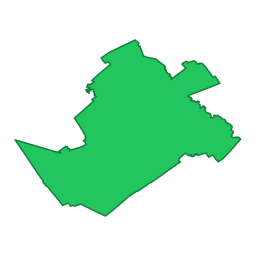 outline of Racari, Dâmbovita, Romania
{"feature_id": "2599482B12647526032204", "entity_name": "Racari", "entity_type": "district", "adm_level": 2, "iso_a3": "ROU", "parent_name": "Romania", "parent_adm1": "Dâmbovita", "projection": "robinson", "projection_center": [25.768, 44.664], "detail": "fine", "context": "isolated", "style": "filled", "palette": "green", "viewbox_px": 256, "rotation_deg": 0, "n_neighbors": 0, "source": "geoboundaries", "source_scale": "gbopen_adm2", "svg_char_len": 5634}
<svg xmlns="http://www.w3.org/2000/svg" viewBox="0 0 256 256"><path d="M114.6,208.8L128.7,196.5L131.4,194.5L131.5,194.7L133.0,193.6L137.6,190.8L137.8,191.0L140.8,189.1L145.6,185.9L149.9,182.8L151.3,182.4L159.6,176.5L160.6,176.0L161.6,175.3L162.9,174.1L164.9,173.0L166.0,171.8L167.3,171.1L168.5,170.1L170.6,168.8L173.4,166.7L174.7,166.0L176.0,164.8L180.3,162.0L178.7,160.4L178.7,160.2L179.2,158.6L184.9,153.3L185.8,153.6L187.4,155.0L188.8,155.2L189.0,155.3L189.3,155.8L189.5,155.9L190.2,155.7L190.6,154.9L191.0,154.7L191.4,154.8L191.4,155.0L191.3,155.5L191.1,155.8L191.0,156.1L191.2,156.4L192.0,156.4L192.6,156.1L193.0,156.6L193.6,156.4L194.6,155.4L194.6,155.0L194.5,154.5L194.5,154.2L195.3,154.1L195.5,154.2L195.5,154.4L195.3,154.8L195.7,154.9L195.9,154.8L196.3,153.9L196.6,153.8L197.1,154.2L197.8,154.4L197.8,154.8L197.5,155.0L197.6,155.3L202.3,154.1L206.0,153.0L207.1,155.0L207.3,155.1L208.7,157.2L212.5,154.9L215.2,158.3L216.0,159.6L218.4,161.8L223.1,158.6L230.5,150.7L240.6,139.2L240.5,138.9L240.2,138.6L238.5,137.7L238.3,137.2L236.3,137.2L234.8,137.5L233.6,137.5L233.2,137.3L232.0,137.1L231.5,136.6L231.4,136.2L231.5,136.0L232.0,135.3L231.7,134.5L231.8,134.3L232.9,133.3L233.4,132.2L233.1,131.3L232.3,130.7L231.4,130.4L231.1,129.5L231.2,129.0L231.6,128.7L231.6,128.3L231.9,128.0L232.0,127.7L231.8,127.1L232.0,126.1L231.2,126.0L230.6,124.6L230.3,124.3L230.0,124.1L228.5,123.8L228.4,123.7L228.3,123.4L228.1,123.3L227.8,123.5L227.5,123.4L227.0,123.0L226.8,122.6L226.6,122.4L225.8,122.2L225.7,121.8L225.9,121.6L225.5,120.4L224.7,119.6L224.1,119.2L223.0,119.4L222.0,118.8L221.8,118.2L221.1,117.4L220.4,117.1L219.4,117.0L219.3,116.9L219.3,116.6L218.2,115.6L217.4,115.4L216.7,115.6L216.4,115.9L215.3,115.6L215.0,115.4L214.2,115.1L213.9,115.5L214.1,116.5L213.3,117.7L212.5,117.6L211.9,118.0L210.7,117.6L210.5,117.3L210.9,117.0L211.2,116.1L210.5,113.8L209.3,113.6L208.7,113.1L208.1,112.9L206.3,112.9L205.9,112.6L205.8,112.3L205.5,111.9L205.6,111.2L205.3,110.9L205.1,110.4L205.4,109.7L205.2,108.5L205.0,108.0L205.4,107.8L205.5,107.4L204.8,107.2L204.6,106.9L204.3,107.1L204.0,107.2L203.6,106.5L203.4,106.3L203.5,106.1L202.8,106.1L202.6,106.2L202.0,106.9L201.0,107.6L200.4,107.8L200.1,107.6L199.9,107.4L200.1,106.6L200.1,105.1L198.8,104.0L198.6,103.5L198.7,102.6L199.2,102.2L199.2,101.9L198.4,102.1L198.4,101.4L198.2,101.2L197.8,101.2L197.4,101.3L197.4,101.8L197.3,102.1L196.7,101.9L196.4,102.3L196.3,102.2L196.2,102.0L195.8,102.0L194.9,101.7L194.9,101.2L194.4,100.8L193.4,101.0L192.8,100.8L192.4,101.2L192.3,100.7L192.1,100.6L191.5,100.9L191.3,100.9L191.6,100.4L191.5,100.2L190.9,99.9L191.1,99.7L191.7,99.8L191.9,99.5L191.9,99.2L191.1,99.0L191.1,98.9L191.5,98.6L191.5,98.0L191.3,97.8L190.4,97.6L189.7,97.0L188.9,97.3L188.8,97.2L189.1,96.8L189.1,96.7L188.9,96.6L188.1,96.6L188.3,96.3L188.4,95.5L189.1,95.2L209.5,87.5L219.8,83.3L215.2,76.3L212.9,77.3L210.1,73.0L209.6,72.1L209.1,71.6L207.8,70.2L205.7,67.0L203.9,65.5L203.5,64.4L203.0,64.0L201.7,63.6L201.0,63.2L200.7,63.3L199.7,63.9L199.4,63.8L199.1,63.3L198.8,63.3L198.1,63.8L197.4,63.8L196.7,64.0L196.5,63.0L196.3,62.4L195.2,61.5L194.7,61.0L194.0,61.0L192.2,61.2L191.2,61.7L189.5,62.2L188.6,62.7L188.2,62.6L187.2,61.7L186.9,61.6L186.4,61.7L185.9,61.5L185.6,61.5L184.8,62.4L183.5,62.6L183.3,62.8L183.2,63.5L182.5,63.7L182.0,64.1L185.9,68.2L171.6,79.0L171.6,78.6L171.8,77.7L171.4,77.5L171.1,76.9L170.2,76.8L169.8,76.3L169.9,76.2L170.5,75.8L170.3,75.0L170.0,74.7L169.3,74.5L169.3,74.0L169.2,73.8L169.0,73.7L168.2,73.8L167.6,73.2L167.1,73.1L167.2,72.6L166.8,72.1L166.4,71.9L166.1,72.0L166.0,71.5L166.1,71.2L165.9,70.9L166.2,70.4L165.4,69.9L165.1,69.8L165.0,69.7L165.6,69.2L164.6,68.2L164.6,67.9L165.4,67.4L165.4,67.2L164.7,66.1L163.6,65.1L161.8,63.8L155.9,59.1L146.8,57.2L143.5,56.0L139.8,45.9L138.7,45.9L138.1,44.9L138.3,43.9L138.6,43.2L138.8,43.1L135.0,40.0L119.7,47.3L114.0,50.1L110.4,51.7L101.2,57.9L102.8,60.5L103.9,61.8L105.3,63.2L108.2,61.8L108.5,62.0L110.4,64.5L98.3,74.5L91.8,80.6L94.2,82.1L89.8,84.6L87.9,84.2L87.3,85.5L87.4,85.8L86.9,86.6L86.8,87.1L88.2,87.2L88.5,87.8L88.8,88.0L89.2,88.0L89.2,87.4L89.3,87.3L89.6,87.3L89.8,87.5L89.8,88.2L89.5,88.8L89.0,89.1L88.7,89.0L88.3,88.7L88.2,88.7L88.0,89.2L87.6,89.3L87.9,89.8L87.8,90.1L87.5,90.3L87.2,90.2L86.8,89.6L86.6,89.6L86.2,89.8L85.9,90.2L85.9,90.4L87.1,92.0L88.2,92.4L89.1,93.2L89.3,93.0L89.2,92.7L88.8,92.1L88.9,91.8L88.7,91.4L88.3,91.2L89.1,90.8L89.5,90.8L90.1,90.7L90.7,90.7L90.2,90.0L90.8,89.7L91.0,89.3L91.3,89.2L91.3,89.8L91.6,89.1L93.0,89.7L93.3,89.9L93.5,90.2L93.5,90.7L93.2,91.3L93.3,91.4L93.7,91.3L94.3,91.6L94.3,91.9L94.1,92.8L94.3,93.2L94.3,93.7L94.3,93.9L95.0,94.3L95.0,94.5L94.7,94.9L94.3,94.8L94.2,95.0L95.3,95.5L95.3,95.9L95.1,96.4L95.9,96.6L91.9,99.6L92.6,100.3L93.7,101.0L74.4,118.2L79.3,125.3L79.5,125.9L82.0,129.9L82.7,130.7L83.2,131.7L83.3,132.2L83.3,133.0L83.8,133.4L85.0,135.0L85.4,135.6L85.3,136.6L85.9,137.7L85.8,138.0L85.3,138.2L85.1,138.6L85.3,139.1L85.3,139.8L83.8,140.4L83.5,140.7L83.6,141.0L83.8,141.2L84.1,141.3L84.9,141.8L85.2,143.0L86.2,144.0L86.2,144.4L86.0,144.6L85.0,145.1L83.4,145.6L82.9,146.1L82.9,146.4L69.6,150.4L69.5,149.9L69.6,149.0L69.5,148.7L69.2,148.6L67.8,148.8L67.7,147.8L67.9,147.5L67.7,147.0L67.5,146.8L66.3,146.6L65.8,146.2L64.6,147.2L58.8,151.4L60.5,152.6L60.2,153.1L19.0,141.0L15.4,140.2L21.3,149.1L23.2,151.6L31.8,164.6L39.5,175.9L42.6,180.4L42.9,180.3L43.1,180.7L43.4,182.2L43.4,183.2L43.9,183.6L44.7,183.7L45.2,184.9L45.7,185.2L46.2,185.9L46.7,186.2L47.4,186.4L48.1,187.5L62.8,205.4L68.4,203.0L70.6,206.2L73.0,205.6L74.3,205.8L74.6,206.1L74.8,206.1L80.7,204.1L81.0,204.1L82.9,205.2L98.4,212.8L105.5,216.0L114.6,208.8Z" fill="#22c55e" stroke="#15803d" stroke-width="1.5"/></svg>